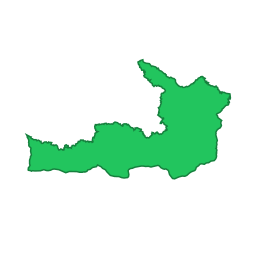 San Felipe, Guainía, Colombia, rotated 110°
{"feature_id": "7082276B30016646196042", "entity_name": "San Felipe", "entity_type": "district", "adm_level": 2, "iso_a3": "COL", "parent_name": "Colombia", "parent_adm1": "Guainía", "projection": "orthographic", "projection_center": [-67.469, 2.054], "detail": "fine", "context": "isolated", "style": "filled", "palette": "green", "viewbox_px": 256, "rotation_deg": 110, "n_neighbors": 0, "source": "geoboundaries", "source_scale": "gbopen_adm2", "svg_char_len": 5815}
<svg xmlns="http://www.w3.org/2000/svg" viewBox="0 0 256 256"><g transform="rotate(110 128 128)"><path d="M201.6,204.0L200.8,203.2L200.2,200.8L198.1,195.6L195.9,192.8L195.9,190.3L195.4,188.5L194.2,186.4L192.6,184.8L191.8,183.4L190.8,178.7L191.3,171.2L188.9,168.2L186.5,161.3L186.1,158.2L185.1,155.6L184.1,154.2L184.2,153.5L182.8,151.8L181.2,151.5L179.8,149.4L177.2,147.8L175.1,144.4L173.2,144.0L173.6,140.0L174.6,138.1L175.0,134.8L176.3,133.1L178.6,128.4L178.1,124.0L176.7,119.8L176.8,117.1L176.3,114.6L174.7,111.4L173.5,110.9L171.4,111.3L168.1,113.3L166.8,113.1L165.2,111.8L164.4,110.2L162.4,108.0L159.2,102.5L158.4,100.1L158.2,98.5L157.0,95.7L156.8,93.1L152.9,87.1L152.9,85.5L154.0,83.7L154.4,81.2L154.3,79.7L153.5,78.5L153.9,76.1L154.5,75.2L157.6,73.0L160.2,68.9L159.8,66.8L156.6,63.5L154.6,60.6L153.9,58.1L152.4,56.5L149.2,54.8L147.4,53.4L145.1,50.7L143.9,50.3L141.5,50.4L139.2,48.7L137.4,48.1L136.4,46.5L136.0,43.9L134.0,42.4L133.0,40.3L130.8,38.8L129.1,35.8L126.9,35.0L124.8,35.0L123.6,35.4L123.3,35.8L121.5,36.1L121.3,36.6L120.3,36.4L119.5,36.9L118.7,36.8L117.5,37.5L117.2,38.4L116.0,38.1L114.8,38.7L113.1,38.8L111.4,39.8L109.2,39.8L104.3,43.2L102.9,43.4L102.1,44.0L99.7,43.7L97.7,42.7L96.3,41.4L94.6,41.1L93.6,41.1L91.9,42.4L90.1,42.8L88.9,42.5L87.5,47.1L86.0,48.0L85.2,49.4L84.3,49.4L81.8,47.0L79.2,45.8L77.8,46.0L77.3,45.4L73.4,43.8L72.0,41.7L71.0,41.6L70.0,42.9L69.6,42.8L69.6,41.6L69.1,41.5L66.8,43.9L66.4,42.9L65.7,42.5L65.2,43.3L64.6,43.3L65.5,42.0L64.8,42.0L61.1,43.9L61.9,47.8L61.6,50.0L62.3,51.1L62.0,51.7L63.3,51.9L62.5,52.8L63.7,53.4L63.1,54.1L62.2,54.2L61.9,55.1L61.2,55.7L61.1,56.9L60.1,57.0L59.2,57.8L59.3,59.0L58.5,59.5L59.1,60.3L59.8,60.5L59.6,63.4L60.1,64.7L59.6,65.8L59.8,66.5L59.4,67.0L59.8,67.5L58.6,68.3L57.9,67.9L57.8,68.8L58.1,69.1L59.1,68.9L59.3,69.3L58.6,70.1L58.6,70.7L57.3,70.4L57.5,71.7L56.3,72.9L55.0,72.4L54.8,73.3L55.2,74.5L54.4,74.8L54.2,75.9L54.9,77.1L55.3,77.0L57.2,79.0L58.9,79.3L59.8,80.8L61.3,80.8L62.7,81.4L63.1,81.9L63.7,81.6L65.2,83.7L65.8,83.8L68.0,85.2L69.0,86.4L68.9,87.3L70.1,88.3L70.8,89.5L71.1,90.4L70.5,91.4L71.3,92.5L71.2,94.7L70.8,95.0L70.8,95.7L69.3,98.2L68.3,99.2L66.6,99.9L65.8,101.7L66.1,103.0L65.6,105.1L66.9,106.3L66.4,107.3L66.6,107.9L66.3,109.3L66.0,110.0L64.9,110.4L64.8,111.4L64.3,111.7L64.5,112.9L63.2,115.9L63.2,118.3L62.0,119.5L62.1,120.1L61.6,120.3L62.4,121.0L61.6,121.8L61.2,122.9L61.4,126.2L62.1,126.8L60.2,129.9L61.0,133.4L60.8,135.9L60.4,136.6L58.8,137.4L60.6,139.7L61.4,139.6L61.6,140.3L62.6,141.2L64.6,139.9L64.8,138.9L65.6,138.7L66.0,137.9L67.0,137.7L67.2,136.3L69.0,134.9L68.3,132.9L69.7,132.4L69.0,131.6L69.6,130.9L70.9,131.6L72.0,130.4L73.2,131.1L74.3,130.2L75.1,125.8L76.0,125.8L76.4,125.0L75.2,123.4L76.7,123.7L77.3,123.0L77.9,120.4L79.2,119.8L80.1,117.8L78.8,117.2L78.5,116.2L78.9,115.4L77.5,114.1L77.5,113.3L78.1,113.0L77.6,111.1L78.0,110.9L78.0,110.0L78.7,109.4L78.9,107.1L80.1,105.7L81.5,105.7L82.0,106.4L83.3,106.8L83.7,108.0L84.8,108.4L87.0,107.5L88.2,108.1L88.9,107.5L89.2,106.3L91.0,107.0L91.9,105.7L92.6,106.1L93.1,105.3L97.3,105.3L98.5,106.4L100.0,104.9L102.9,104.5L102.9,104.0L105.6,104.4L105.8,103.3L106.5,102.4L106.2,101.6L107.0,100.4L107.1,99.1L106.5,98.1L107.2,97.7L108.1,98.6L109.6,98.5L110.5,99.2L111.4,98.7L111.9,99.3L112.6,99.2L112.3,98.2L111.5,98.0L110.8,97.3L111.2,95.9L112.1,95.4L112.7,92.0L112.9,91.8L113.6,92.6L114.2,92.6L115.4,91.8L115.8,91.0L116.9,91.9L117.1,91.1L119.0,93.1L119.9,93.6L120.9,93.6L122.5,94.6L122.5,95.7L123.3,96.3L123.0,97.3L122.5,97.8L122.8,98.4L121.9,99.3L122.7,100.1L123.9,100.3L124.5,101.5L123.7,102.3L123.9,103.9L124.7,103.6L125.4,103.8L126.1,103.0L128.9,104.5L129.6,104.5L130.3,105.2L130.3,106.8L131.0,107.2L130.6,108.9L129.6,109.4L129.6,110.3L128.7,110.8L128.8,111.4L128.0,111.7L128.1,112.2L126.7,112.6L126.4,114.3L126.7,115.2L126.2,114.9L125.8,115.3L125.0,114.9L124.6,115.3L124.9,116.3L124.6,119.7L125.2,120.1L125.5,121.3L127.0,120.8L127.3,121.5L128.0,121.7L127.0,122.4L126.3,123.5L126.5,125.7L124.6,128.9L125.4,129.7L125.4,130.1L124.6,130.6L125.5,133.2L126.5,134.1L127.5,133.4L128.1,133.7L127.9,135.3L126.8,136.7L127.4,137.4L126.6,139.7L126.9,142.3L128.0,142.9L128.2,143.3L129.6,143.6L129.8,144.9L130.6,146.3L130.6,147.7L131.8,149.1L131.0,149.8L131.2,150.5L132.0,151.9L132.8,151.9L132.7,152.8L133.3,154.1L133.9,154.5L134.3,155.9L134.8,156.2L134.3,156.6L134.8,157.0L135.6,158.7L136.1,158.7L136.0,159.8L137.9,159.8L140.0,158.7L140.2,157.9L141.4,157.5L141.8,156.6L141.7,155.1L144.3,157.2L145.1,156.8L147.5,156.6L148.0,156.9L148.7,156.5L148.9,157.7L149.4,157.7L151.8,157.3L152.3,156.5L153.1,156.2L153.8,156.8L153.3,157.4L153.9,159.6L154.7,159.8L154.5,160.7L154.1,160.7L154.1,161.5L155.5,162.9L154.8,163.6L155.4,165.6L154.7,165.9L155.6,168.5L157.4,168.7L157.6,170.1L159.6,170.1L161.0,171.7L162.0,171.2L162.6,171.3L163.1,172.0L162.8,173.0L163.6,174.5L165.0,174.3L165.9,175.2L166.3,174.8L166.2,175.7L167.3,177.8L167.1,178.9L166.4,177.8L165.6,177.8L165.0,178.3L165.4,179.3L164.9,180.3L165.7,181.1L166.3,181.4L167.1,181.1L167.6,180.4L168.3,181.3L169.2,180.9L170.1,181.5L170.4,180.8L171.0,181.5L170.6,183.9L171.5,184.3L172.3,185.4L170.9,187.0L169.2,188.1L168.5,189.5L168.5,189.9L169.5,190.9L169.3,191.8L169.9,191.8L169.9,194.8L167.8,194.7L168.2,196.7L168.8,197.3L168.5,197.8L169.2,197.9L169.6,198.9L169.0,199.8L169.7,201.6L170.8,202.5L171.3,202.5L172.0,203.7L171.7,204.5L170.3,205.2L170.8,206.1L170.2,206.9L170.1,208.3L171.1,209.2L170.4,210.4L171.3,212.8L170.8,214.0L171.0,215.3L170.4,216.0L169.6,215.9L169.8,217.3L169.5,217.7L169.9,218.2L169.4,218.9L169.1,221.0L170.0,220.0L171.3,219.4L172.2,218.1L173.9,216.8L175.8,216.4L176.8,215.5L177.8,215.5L178.8,214.9L180.1,212.3L183.1,211.6L186.5,209.5L188.1,209.9L189.4,209.5L191.8,209.5L195.4,208.2L196.5,207.3L198.7,207.6L199.3,208.0L201.2,207.6L201.8,207.2L201.4,205.1L201.6,204.0Z" fill="#22c55e" stroke="#15803d" stroke-width="1.5"/></g></svg>